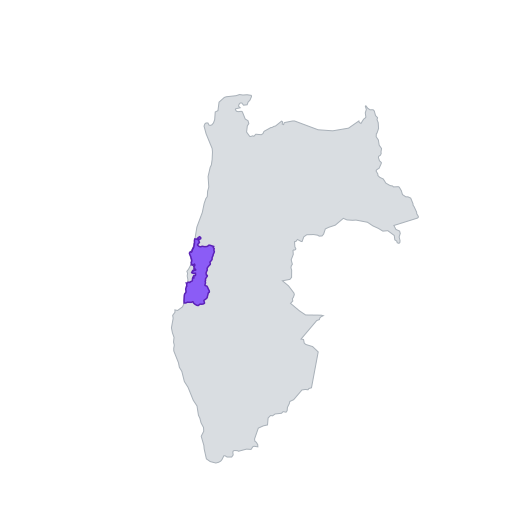 where Lima sits in Peru, rotated 40°
{"feature_id": "PER-591", "entity_name": "Lima", "entity_type": "Department", "adm_level": 1, "iso_a3": "PER", "parent_name": "Peru", "parent_adm1": "", "projection": "mercator", "projection_center": [-76.872, -11.804], "detail": "fine", "context": "in_parent", "style": "filled", "palette": "violet", "viewbox_px": 512, "rotation_deg": 40, "n_neighbors": 0, "source": "natural_earth", "source_scale": "10m", "svg_char_len": 8579}
<svg xmlns="http://www.w3.org/2000/svg" viewBox="0 0 512 512"><g transform="rotate(40 256 256)"><path d="M357.5,153.1L357.4,154.4L355.7,155.1L354.2,154.1L352.0,154.4L348.7,151.4L340.7,151.9L337.2,155.4L331.9,156.2L326.2,157.8L319.7,158.5L309.5,164.2L307.1,166.5L302.5,169.9L298.7,171.0L296.9,181.4L293.2,187.4L291.7,190.7L293.7,195.7L293.7,198.2L291.6,200.2L289.9,200.4L286.4,202.5L281.2,207.1L280.3,210.6L282.0,215.3L281.4,215.8L277.1,216.7L277.2,219.3L276.3,220.3L279.9,224.0L282.0,224.9L282.1,225.8L281.7,226.7L280.9,227.2L280.8,228.0L283.5,230.8L285.4,236.3L289.2,239.0L289.3,240.8L290.4,242.6L292.4,243.9L297.0,249.5L297.0,252.1L292.2,258.0L300.2,258.0L308.9,260.0L310.2,261.0L311.2,263.7L311.3,265.4L313.1,266.8L312.9,270.1L324.4,270.1L331.9,269.3L344.0,259.4L345.9,258.5L344.9,260.7L344.7,262.3L345.4,264.0L344.0,266.4L343.9,290.7L346.1,289.4L348.9,291.7L350.9,291.8L357.6,289.0L365.3,289.5L383.2,321.3L381.7,323.5L381.8,325.1L379.6,326.5L377.3,329.1L377.2,341.9L375.4,345.7L376.4,347.7L377.4,351.8L379.1,354.2L379.5,355.8L379.3,356.4L376.8,357.8L376.6,360.1L372.2,364.7L371.4,367.8L369.7,368.8L369.4,372.3L373.4,378.0L370.8,381.4L368.4,386.4L372.5,397.1L374.2,398.6L376.0,398.5L378.6,399.4L380.1,401.0L376.8,403.0L376.2,403.9L376.5,407.4L372.9,410.0L368.1,416.8L366.8,417.1L364.3,419.1L363.9,420.1L364.3,421.1L366.4,423.1L366.6,425.6L363.1,428.6L360.7,428.9L359.8,429.7L360.8,433.9L360.8,435.8L360.0,438.0L358.3,440.4L353.1,442.9L348.4,443.3L340.3,437.1L337.8,434.6L329.9,429.3L328.6,423.8L326.0,421.1L321.1,419.1L317.2,416.3L314.3,415.0L307.2,408.8L300.6,406.8L288.4,400.3L281.8,398.2L273.4,392.1L268.8,390.5L265.2,387.6L254.1,381.6L252.4,379.7L250.7,376.8L248.2,375.0L245.5,371.0L241.4,368.6L237.4,365.4L232.6,357.0L230.3,355.0L230.1,351.2L228.5,349.4L230.9,348.2L232.4,342.2L231.6,339.3L226.0,331.3L224.9,328.0L220.9,321.8L219.4,318.2L216.1,315.5L214.7,313.2L212.9,312.2L212.8,309.4L211.6,304.1L209.8,301.4L203.3,296.4L202.6,290.9L201.2,287.1L192.1,271.8L186.9,257.2L182.5,249.0L180.7,244.3L180.5,241.8L177.3,237.5L175.5,233.5L168.2,225.9L163.9,217.5L163.3,215.0L160.4,210.3L155.8,204.3L153.4,201.9L139.3,194.5L132.7,189.9L131.9,187.6L132.2,186.2L133.7,185.0L135.7,185.9L136.9,185.5L137.9,183.9L137.9,181.4L136.7,178.1L132.2,171.9L133.4,169.1L128.8,161.9L129.8,154.9L130.9,153.1L137.7,146.0L139.6,142.9L142.5,141.1L145.5,138.2L149.1,136.0L150.1,136.8L151.2,140.6L151.0,143.1L152.0,145.9L149.5,148.5L146.9,147.9L145.8,148.6L145.4,149.8L145.8,151.7L146.5,152.5L148.6,152.6L145.8,156.3L146.0,157.0L147.9,157.7L149.7,156.8L151.7,154.6L152.8,154.3L159.7,158.0L162.9,157.5L165.4,159.2L165.7,161.9L169.1,167.1L174.2,168.4L175.1,167.9L176.3,166.0L177.4,165.7L177.6,162.8L182.1,159.7L182.7,157.6L182.1,156.1L182.2,154.9L184.8,148.1L185.6,147.4L186.4,145.2L187.4,143.9L188.9,136.2L190.2,136.2L191.3,138.1L192.7,137.6L192.0,135.9L192.2,135.3L197.1,129.2L198.7,127.8L222.4,119.4L234.3,110.8L244.7,98.6L248.0,86.4L249.2,87.3L251.2,87.0L250.5,82.1L251.0,79.7L250.9,79.0L247.7,76.1L246.3,72.8L243.5,71.0L243.6,70.3L246.6,71.0L249.4,70.7L251.7,68.7L253.4,68.9L257.3,71.6L260.2,71.9L261.1,73.8L263.9,75.3L267.9,79.5L269.7,84.1L269.6,85.0L271.4,87.4L275.2,88.5L279.1,91.9L283.1,93.0L284.9,96.0L286.0,97.0L286.5,98.8L285.9,100.8L286.5,101.9L289.4,103.7L291.9,103.8L292.5,104.7L293.9,109.7L293.0,112.3L293.3,113.7L296.7,114.9L297.6,116.0L300.2,116.2L304.0,115.2L308.6,116.7L312.2,116.1L313.8,115.7L315.5,114.6L316.9,114.7L320.5,111.4L321.5,111.2L325.4,112.6L328.7,114.8L332.7,114.4L334.4,113.0L337.3,112.2L342.6,115.0L343.8,116.2L345.2,116.5L350.9,119.2L351.9,120.3L354.9,121.3L355.5,122.2L355.3,123.2L342.0,144.0L346.1,145.7L350.0,144.6L352.0,146.0L353.4,149.4L356.4,151.6L357.5,153.1Z" fill="#d9dde1" stroke="#a8b0b8" stroke-width="1"/><path d="M231.1,338.2L230.6,337.5L229.9,336.9L228.6,335.2L227.0,333.1L226.4,332.3L226.2,331.8L225.9,331.4L225.7,330.5L225.8,329.8L225.7,328.9L225.4,328.4L225.2,328.1L223.8,326.9L223.4,326.5L222.6,324.8L222.4,324.5L222.4,323.9L222.4,323.7L222.2,323.5L221.9,323.2L221.3,322.4L220.4,321.8L220.0,321.5L220.2,321.4L220.3,321.3L220.5,321.2L220.8,320.7L220.8,320.3L220.8,320.1L221.0,319.5L222.1,319.0L222.3,318.9L222.4,318.7L222.2,318.4L222.2,318.0L222.3,317.8L222.4,317.7L222.5,317.6L222.6,317.3L222.7,317.1L222.9,316.8L223.1,316.3L223.1,316.1L223.1,315.8L223.0,315.7L222.9,315.5L222.7,315.3L222.3,314.7L222.1,314.5L222.0,314.3L221.8,314.0L221.8,313.8L221.7,313.6L221.5,313.3L221.4,313.1L221.4,312.8L221.6,312.7L221.8,312.6L222.4,312.9L222.5,312.8L222.4,312.7L222.2,312.3L221.9,312.0L221.5,311.7L221.3,311.7L221.1,311.7L221.0,310.9L221.0,310.7L221.3,310.5L221.5,310.5L221.9,310.2L222.1,310.0L222.1,309.8L222.0,309.6L221.7,309.2L221.6,308.9L221.1,308.4L220.9,308.3L220.7,308.1L220.3,308.4L219.5,309.2L219.4,309.3L219.2,309.4L219.0,309.5L218.9,309.7L218.7,309.8L218.4,309.8L217.8,310.1L217.7,310.1L217.4,310.1L217.2,309.7L217.3,309.6L217.3,309.4L217.3,309.2L217.3,308.8L217.4,308.7L217.5,308.4L217.5,308.2L217.3,308.2L217.1,308.2L216.9,308.1L216.9,307.9L216.9,307.7L217.0,307.4L217.2,307.2L217.3,307.0L217.4,306.7L217.5,306.6L217.9,306.5L218.1,306.5L218.3,306.4L218.8,305.7L218.8,305.4L218.6,305.3L218.1,305.3L217.7,305.1L217.4,305.1L217.1,305.2L217.0,305.4L216.8,305.5L216.7,305.6L216.5,305.4L216.3,305.3L216.2,305.2L215.9,304.5L215.9,304.2L215.7,304.2L215.1,304.1L214.9,303.9L214.9,303.5L215.1,303.1L215.1,302.9L215.2,302.7L215.1,302.4L214.8,302.2L214.7,302.1L214.5,301.9L214.4,301.9L214.1,301.8L213.8,302.6L213.6,302.9L213.4,303.1L213.2,303.2L213.1,303.4L213.1,303.6L213.2,303.8L212.6,304.0L212.1,304.4L212.0,304.2L211.7,303.7L211.5,303.3L211.2,303.2L210.9,303.1L210.7,302.9L210.3,302.4L210.4,302.1L210.4,301.9L210.3,301.7L210.0,301.3L209.7,300.8L209.5,300.6L209.4,300.5L209.1,300.4L208.7,299.9L208.4,299.7L207.5,299.3L206.9,298.7L203.8,297.1L203.2,296.7L203.0,296.2L203.0,295.7L202.9,295.3L203.0,295.2L203.1,294.9L203.3,294.8L203.6,294.9L204.0,294.7L204.1,294.4L204.0,293.9L203.8,293.4L203.5,293.1L203.7,292.8L203.3,292.4L203.3,292.2L203.1,291.8L203.2,291.6L203.1,291.2L202.7,290.8L202.8,290.6L203.0,290.4L202.8,290.0L202.6,289.7L202.7,289.4L202.5,289.0L202.3,288.6L202.0,288.2L201.7,287.8L201.7,287.4L201.2,287.0L200.8,286.7L200.8,286.4L201.0,286.2L200.6,285.7L200.1,285.0L199.7,284.8L199.6,284.6L199.5,284.4L199.4,284.2L198.9,283.8L198.1,282.3L198.6,281.9L199.1,281.7L199.3,281.6L199.5,281.5L199.6,281.2L199.8,280.9L199.9,280.6L199.9,280.4L199.8,279.9L199.8,279.7L200.1,278.7L200.2,277.7L200.3,277.5L200.5,277.4L200.8,277.4L201.9,277.5L202.2,277.8L202.3,277.9L202.5,278.3L202.4,278.7L202.2,279.1L202.1,279.3L201.7,279.7L201.2,280.0L200.9,280.3L200.8,280.5L201.0,280.8L201.3,280.9L201.6,280.9L202.1,280.9L202.3,280.9L202.5,281.0L202.9,281.4L203.1,281.5L203.7,281.8L203.9,281.9L204.0,282.1L204.0,282.3L204.0,282.6L203.9,283.0L203.8,283.4L203.8,283.6L203.9,283.8L204.0,284.2L204.1,284.4L204.1,284.7L204.0,284.9L204.1,285.1L204.5,285.3L205.8,285.3L206.1,285.3L207.1,284.9L207.8,284.4L208.5,283.1L210.5,282.0L211.0,281.6L212.0,280.6L212.5,280.0L212.7,279.5L212.7,279.3L212.8,278.3L212.9,278.1L213.0,277.9L213.9,277.3L217.4,275.9L217.5,276.5L217.8,277.0L218.0,277.1L218.5,277.1L218.8,277.1L219.2,277.2L219.4,277.4L219.5,277.6L219.6,278.1L219.8,278.5L220.5,279.0L221.0,279.1L221.5,279.9L221.7,280.3L222.1,281.9L222.2,282.3L222.8,283.2L222.9,283.6L223.0,283.9L223.3,285.2L223.7,285.8L224.3,286.5L224.6,287.0L224.7,288.8L224.6,289.9L224.7,290.2L224.7,290.4L224.9,290.5L225.8,291.1L226.1,291.4L226.3,291.9L226.3,292.2L226.3,292.5L226.2,293.9L226.3,296.0L226.5,296.9L227.5,297.9L227.8,298.3L227.8,298.7L228.5,300.8L228.8,301.2L229.0,301.5L229.7,302.0L229.9,302.2L230.1,302.4L230.3,302.5L230.6,302.2L230.9,302.2L231.3,302.3L231.5,302.5L231.7,302.9L231.7,303.8L231.9,304.8L231.9,305.6L232.0,305.9L232.1,306.1L233.0,307.0L233.1,307.3L233.3,307.9L233.4,308.1L233.6,308.2L233.9,308.5L234.6,309.0L235.4,310.8L235.6,311.1L235.9,311.3L236.1,311.3L236.4,311.2L237.4,310.8L237.6,310.7L238.1,310.7L238.3,310.8L239.9,311.5L240.1,311.6L240.3,311.7L240.8,312.0L242.4,312.6L243.3,313.4L243.4,313.6L243.5,313.9L243.2,314.7L243.2,315.1L243.5,315.5L244.9,318.5L245.2,318.8L245.4,319.6L245.2,321.4L245.1,321.8L244.8,322.5L244.7,323.2L244.7,323.5L244.8,323.8L245.7,324.3L246.8,325.1L246.8,325.7L246.4,326.7L245.8,327.4L245.0,328.2L244.3,328.6L244.1,328.9L244.0,329.2L243.7,330.5L243.5,331.2L242.9,331.5L242.4,331.8L242.1,331.9L240.2,332.2L238.8,332.2L238.3,332.1L237.4,331.7L237.2,331.6L236.9,331.7L236.8,331.9L236.5,332.6L236.4,332.8L236.2,333.1L233.3,335.4L233.1,335.6L232.4,337.1L232.0,337.5L231.1,338.2L231.1,338.2Z" fill="#8b5cf6" stroke="#5b21b6" stroke-width="1.5"/></g></svg>